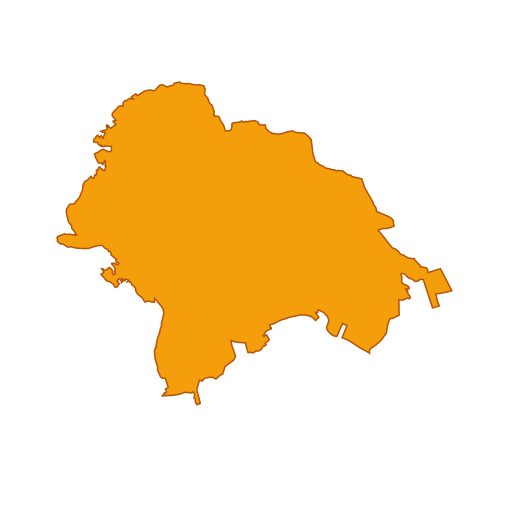 RUS, Salaj, Romania, rotated 101°
{"feature_id": "2599482B70770862505186", "entity_name": "RUS", "entity_type": "district", "adm_level": 2, "iso_a3": "ROU", "parent_name": "Romania", "parent_adm1": "Salaj", "projection": "mercator", "projection_center": [23.568, 47.278], "detail": "fine", "context": "isolated", "style": "filled", "palette": "amber", "viewbox_px": 512, "rotation_deg": 101, "n_neighbors": 0, "source": "geoboundaries", "source_scale": "gbopen_adm2", "svg_char_len": 6136}
<svg xmlns="http://www.w3.org/2000/svg" viewBox="0 0 512 512"><g transform="rotate(101 256 256)"><path d="M276.1,454.9L276.5,454.3L279.5,453.7L281.6,450.2L281.0,448.7L281.2,447.5L283.1,442.8L283.1,441.8L282.3,439.8L282.5,433.5L281.2,424.3L280.4,421.6L276.6,414.5L275.1,410.2L275.1,408.5L277.0,406.3L278.1,402.2L279.8,401.6L279.5,400.1L280.3,399.2L282.6,398.4L285.8,392.8L287.5,392.7L288.9,391.6L288.8,389.8L289.7,389.1L290.7,389.5L291.0,391.1L290.5,391.9L290.2,394.7L290.7,396.2L291.8,395.8L292.7,394.1L294.8,392.3L296.2,391.7L297.4,392.0L298.0,391.4L298.4,391.8L299.2,390.9L300.5,390.9L301.4,392.0L301.2,392.7L299.8,393.3L299.8,393.8L298.2,394.0L296.6,395.2L295.5,397.2L295.4,398.3L298.1,400.0L299.1,402.7L297.7,403.8L297.9,405.1L300.6,402.4L302.3,403.1L303.0,404.5L304.2,404.3L304.8,402.8L307.8,399.4L309.0,397.6L309.2,394.2L311.5,389.9L313.2,389.1L313.5,387.0L309.4,384.9L308.4,386.3L307.0,386.8L307.3,387.5L306.6,387.7L305.2,386.9L304.5,386.1L304.9,384.6L305.5,384.5L305.4,383.9L307.8,383.1L306.2,381.7L303.9,382.9L305.3,379.8L303.7,379.8L303.6,377.3L304.1,376.8L305.8,377.3L304.4,375.6L305.8,375.1L305.7,374.0L306.3,373.2L308.1,372.5L308.8,370.3L310.4,368.4L314.1,366.8L316.3,364.5L318.6,359.8L322.3,356.5L322.4,355.6L321.4,354.8L320.7,353.0L321.1,348.9L320.8,347.0L317.0,347.4L323.3,339.4L326.2,336.9L329.9,335.6L340.6,335.9L343.3,335.4L344.6,336.0L349.2,336.0L356.4,337.1L364.1,336.9L364.8,336.4L365.1,337.2L368.4,337.7L375.9,335.5L383.8,331.4L386.6,331.0L392.7,326.8L393.6,325.3L393.8,323.7L393.3,321.7L401.3,317.3L402.4,317.5L403.9,319.6L406.0,318.1L407.7,318.4L408.1,318.7L407.8,319.7L411.2,321.2L408.2,309.6L405.9,304.0L403.3,299.8L402.8,293.5L402.5,292.7L401.7,292.6L401.5,291.5L403.5,289.8L407.1,289.9L408.0,288.4L411.5,287.4L413.2,285.5L413.1,285.0L411.9,284.5L412.0,283.2L411.1,282.6L398.7,288.6L388.5,287.8L389.1,285.9L388.7,285.7L388.7,284.6L386.5,283.7L385.0,281.3L383.7,277.3L383.3,275.7L384.4,271.9L384.2,271.6L379.6,268.3L378.5,266.2L370.5,265.3L362.4,258.1L359.3,257.0L357.6,257.3L347.9,262.9L343.6,264.4L344.4,260.2L343.4,249.6L346.7,248.4L352.4,245.3L351.3,242.1L351.7,241.9L351.6,240.3L349.4,237.8L348.6,235.0L346.8,233.1L342.9,231.5L342.6,230.1L341.2,229.1L340.3,230.4L335.7,226.9L331.4,230.6L333.4,233.0L332.5,233.9L331.7,233.1L328.3,232.1L325.7,229.2L324.7,227.1L323.6,227.4L323.5,228.1L321.2,229.5L318.7,225.0L314.9,220.5L309.6,211.1L305.1,200.3L304.5,195.0L304.8,191.0L305.9,188.1L308.0,185.2L304.2,182.6L300.0,186.9L299.7,184.7L297.2,184.7L297.3,183.2L298.5,178.9L301.9,174.2L305.5,172.1L312.9,173.1L315.3,171.7L317.6,168.8L318.9,166.3L319.7,163.4L319.5,161.3L305.8,158.1L307.0,153.4L319.8,155.9L321.2,148.9L326.3,136.3L329.7,125.9L327.3,126.7L325.0,125.7L319.8,120.8L314.7,117.0L306.8,113.3L298.9,113.6L292.9,112.8L291.8,111.9L290.6,109.2L286.8,104.2L271.6,107.4L271.5,104.6L271.0,102.9L268.4,99.5L268.3,98.8L268.8,97.9L268.0,96.7L266.3,97.0L263.9,99.8L262.1,100.3L261.2,101.9L259.8,102.9L260.1,100.6L258.6,100.5L258.7,99.6L257.5,99.9L256.3,101.5L255.4,106.1L254.2,107.3L252.8,108.3L249.2,108.7L246.2,110.3L245.6,109.8L245.2,109.4L245.2,107.6L245.9,105.7L248.4,102.3L249.1,97.6L250.1,96.3L250.6,94.4L249.1,91.4L247.8,90.7L247.3,89.7L247.2,87.3L273.3,72.8L270.0,66.6L265.9,69.2L259.0,72.2L255.7,63.5L252.7,57.1L233.3,72.5L239.5,84.1L236.4,85.1L235.2,86.3L235.0,90.1L235.3,92.7L234.1,92.8L229.7,99.2L228.2,100.2L228.9,101.9L228.6,103.5L229.1,105.8L226.8,112.1L226.6,114.6L223.9,117.6L222.4,120.9L221.9,124.0L207.1,141.1L205.0,137.1L204.1,133.2L202.2,128.8L200.2,126.1L197.4,127.5L195.4,127.7L194.0,129.0L192.3,132.1L189.3,146.1L185.7,147.5L182.6,150.8L180.7,151.6L168.4,162.2L160.0,167.0L159.8,176.9L158.6,178.3L158.8,181.6L155.8,187.4L156.3,188.6L156.2,191.4L157.0,193.2L156.4,195.9L156.8,197.8L156.3,200.1L156.4,204.9L155.2,206.9L154.1,211.6L152.9,212.7L152.4,215.4L145.2,219.5L131.0,224.1L128.8,227.0L126.1,231.9L127.2,240.8L126.3,243.3L126.4,244.4L127.9,248.5L131.3,254.6L132.2,257.5L132.0,258.6L132.8,260.3L132.3,261.1L132.2,262.6L132.9,263.3L132.0,264.8L131.2,267.3L129.0,270.6L125.6,271.8L126.6,277.3L126.0,277.7L126.0,278.5L124.1,279.9L123.3,282.8L125.3,289.2L125.8,289.5L126.1,292.5L126.9,292.7L127.1,293.6L127.1,294.7L126.2,295.4L126.3,296.0L127.8,298.0L129.5,303.5L130.7,304.9L134.0,304.3L136.8,304.5L138.3,306.3L139.0,310.1L133.6,312.8L130.4,316.2L126.3,318.9L126.1,320.8L126.8,323.7L126.5,323.9L122.2,324.6L117.1,327.5L115.8,328.8L115.0,330.7L110.3,333.4L107.0,337.4L101.7,337.8L98.8,339.9L98.8,344.9L99.5,346.8L99.7,350.6L99.5,355.4L100.3,357.7L100.7,362.9L99.7,364.0L102.0,369.2L104.0,369.7L105.7,373.4L107.0,375.1L105.9,379.8L105.9,381.1L106.9,383.2L112.7,386.8L113.4,388.3L113.1,390.7L113.7,393.1L115.5,397.0L121.3,403.2L119.7,404.9L123.5,408.6L124.7,408.4L125.3,406.7L125.8,408.4L125.3,409.4L125.5,410.2L128.3,413.3L128.9,414.7L131.2,415.7L134.2,415.0L134.0,415.8L135.0,419.0L143.0,424.2L145.3,424.1L147.3,422.3L149.5,419.1L150.1,419.6L150.7,422.0L151.1,422.1L152.8,420.2L153.4,418.7L154.0,418.8L158.2,422.9L157.6,425.1L157.3,424.9L156.3,425.7L155.9,427.5L157.4,427.6L157.9,427.1L157.6,426.4L158.3,426.2L160.2,426.7L161.3,427.9L161.9,430.1L163.2,432.1L163.8,430.4L163.3,428.2L163.8,427.6L169.7,428.7L167.4,431.0L169.6,432.3L167.8,434.2L167.8,434.9L173.2,437.6L175.1,437.0L175.0,433.1L176.8,431.7L177.0,430.4L176.7,429.3L178.0,429.1L177.6,427.9L177.7,426.2L176.5,425.7L176.9,424.9L176.0,419.1L179.6,418.0L181.0,418.5L181.8,420.5L180.4,426.5L182.3,429.1L184.6,430.9L184.6,431.7L186.6,434.0L189.5,432.5L194.7,428.6L194.3,425.0L195.7,424.3L195.6,423.9L191.5,422.8L191.9,421.7L195.8,421.5L196.5,421.2L196.4,420.5L196.8,420.4L201.0,420.9L201.2,422.3L200.1,423.4L199.9,424.8L198.6,426.0L198.6,426.7L199.7,427.5L201.6,427.5L202.2,429.0L206.3,428.2L207.2,428.7L207.1,429.8L210.7,430.0L210.8,431.6L209.4,432.9L209.6,433.4L214.1,436.3L215.7,438.4L220.5,439.6L221.6,439.0L224.8,439.0L232.3,440.5L237.2,443.5L238.7,443.7L239.9,445.4L240.7,448.6L241.2,449.0L246.3,451.0L249.0,450.6L257.7,446.9L262.1,442.5L264.0,442.1L267.9,437.6L269.8,436.1L270.2,436.9L269.5,438.0L270.1,438.7L270.1,443.1L270.9,444.9L270.9,448.3L274.4,454.0L276.1,454.9Z" fill="#f59e0b" stroke="#b45309" stroke-width="1.5"/></g></svg>